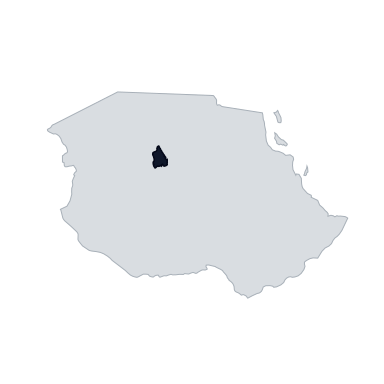 Iramba, Singida, United Republic of Tanzania (highlighted), rotated 333°
{"feature_id": "72390352B66961871173396", "entity_name": "Iramba", "entity_type": "district", "adm_level": 2, "iso_a3": "TZA", "parent_name": "United Republic of Tanzania", "parent_adm1": "Singida", "projection": "mercator", "projection_center": [34.32, -4.386], "detail": "fine", "context": "in_parent", "style": "filled", "palette": "ink", "viewbox_px": 384, "rotation_deg": 333, "n_neighbors": 0, "source": "geoboundaries", "source_scale": "gbopen_adm2", "svg_char_len": 7039}
<svg xmlns="http://www.w3.org/2000/svg" viewBox="0 0 384 384"><g transform="rotate(333 192 192)"><path d="M147.0,261.6L143.3,259.6L139.9,258.4L137.2,257.1L135.9,255.8L133.3,255.3L131.1,255.1L129.0,253.9L124.8,253.4L124.3,252.6L124.2,250.8L123.5,250.4L121.9,249.9L120.3,249.9L119.2,250.2L118.6,250.1L117.2,249.0L116.0,247.7L115.5,245.5L113.5,244.2L111.3,243.1L105.0,243.2L104.0,242.9L102.6,241.8L100.8,240.0L99.4,238.0L98.2,235.2L96.9,231.5L89.8,216.7L89.0,213.9L87.6,210.8L85.3,207.0L82.9,204.2L79.6,201.6L75.9,199.1L73.9,197.4L70.0,190.4L69.3,187.2L68.7,183.8L68.9,182.4L71.3,178.1L71.5,176.9L71.3,175.2L70.1,171.8L68.6,167.6L65.5,159.9L65.1,158.0L65.1,156.6L66.9,148.8L66.9,147.7L74.1,147.9L79.3,144.5L83.9,139.4L84.8,137.3L86.6,134.0L88.4,132.4L89.1,131.3L90.2,128.1L92.6,125.9L94.9,124.2L94.4,123.0L94.8,122.6L96.0,121.7L98.5,120.9L99.0,119.2L99.0,117.3L98.6,116.2L98.7,115.0L98.3,114.3L96.7,114.1L94.3,113.2L92.2,112.8L90.9,112.2L90.4,111.8L90.2,110.6L91.3,107.7L90.2,106.5L92.7,101.5L93.1,100.9L94.0,100.9L95.5,100.4L96.8,100.1L97.9,100.3L98.7,100.1L99.4,99.5L100.0,97.9L100.5,95.1L100.2,92.8L99.2,91.1L98.9,88.4L99.4,84.8L99.0,81.9L97.9,79.5L96.7,78.1L94.9,77.4L92.1,73.8L91.2,72.0L91.4,70.9L92.3,70.5L94.1,70.6L95.8,70.2L97.4,69.2L98.9,68.9L99.7,69.1L171.2,69.1L254.7,115.7L255.0,116.2L255.7,120.3L255.5,121.6L254.2,123.9L253.9,125.1L253.9,126.0L254.2,126.3L255.3,126.4L256.2,127.0L256.5,127.4L257.3,129.2L258.2,130.0L289.9,152.9L290.6,153.3L290.2,155.2L288.4,159.9L288.3,161.8L287.6,164.1L286.9,165.6L285.1,172.2L283.5,174.6L281.4,180.4L281.1,184.8L282.3,187.9L282.7,190.8L285.1,193.6L287.1,194.7L288.4,196.0L290.8,198.9L292.1,201.9L296.3,203.4L298.0,206.7L297.4,209.0L295.4,210.9L293.6,214.0L292.1,218.0L292.1,224.2L293.1,223.3L295.3,224.8L295.6,229.4L293.3,234.7L292.6,237.2L292.5,239.3L294.2,245.7L296.7,249.0L296.5,250.0L295.8,250.8L300.2,256.6L299.8,261.6L301.4,265.5L302.2,268.9L303.2,271.5L303.4,273.3L302.1,275.3L305.2,275.8L307.1,277.4L308.0,279.0L310.3,278.9L311.5,280.0L313.3,280.8L317.2,283.4L318.3,284.8L318.9,286.0L308.1,294.3L304.2,296.4L301.4,297.4L298.4,297.9L295.6,299.2L292.9,301.3L289.5,302.3L285.3,302.3L280.9,303.8L274.0,308.0L270.0,305.7L266.8,304.9L263.2,305.0L261.0,305.3L260.2,305.8L259.5,307.2L258.9,309.6L256.5,311.9L252.3,314.1L248.5,314.9L245.0,314.4L242.6,313.5L241.3,312.2L239.5,311.6L237.1,311.7L234.8,312.6L232.6,314.3L229.0,315.1L224.2,314.9L221.6,314.0L221.2,312.6L219.1,310.9L215.2,309.0L212.3,309.0L210.5,310.8L208.8,312.0L207.3,312.4L205.9,312.5L204.0,312.0L198.6,311.8L193.5,311.9L193.0,309.2L191.9,307.6L191.0,306.6L189.3,306.4L188.8,305.6L188.2,304.0L187.3,302.6L186.2,301.4L185.5,300.3L185.3,299.3L185.4,298.2L186.5,295.5L186.8,293.6L186.7,291.7L186.1,289.8L184.9,287.4L185.1,286.8L184.7,285.2L184.6,284.1L184.9,282.7L184.6,280.8L183.6,277.0L183.6,276.0L182.5,274.1L179.1,269.6L179.0,269.1L173.7,264.6L171.5,263.6L170.8,264.4L170.5,265.2L170.7,266.6L170.6,267.4L170.4,267.7L169.1,267.6L168.3,267.5L166.3,266.3L164.8,266.0L160.9,266.2L159.5,266.5L158.4,266.2L156.4,264.1L154.0,263.7L151.8,263.6L148.3,261.3L147.0,261.6ZM296.9,187.2L298.6,192.1L298.4,193.0L297.2,193.6L296.5,193.6L295.8,192.8L295.2,191.2L294.3,191.6L292.7,189.6L291.1,189.5L289.7,187.2L290.3,185.1L290.0,181.6L291.7,179.8L292.6,176.8L293.7,178.9L294.0,182.1L295.4,185.9L296.9,187.2ZM305.3,158.2L305.4,159.3L305.1,160.4L305.1,163.9L305.0,166.2L303.7,169.3L302.6,170.5L301.7,170.1L300.9,169.6L300.3,168.7L301.5,162.9L300.9,158.6L303.4,159.1L305.3,158.2ZM301.8,228.6L300.5,228.9L300.1,228.6L299.3,227.7L300.6,226.8L301.9,225.2L304.9,222.9L306.2,221.1L306.0,222.9L304.4,226.8L302.9,227.1L301.8,228.6Z" fill="#d9dde1" stroke="#a8b0b8" stroke-width="1"/><path d="M175.6,139.2L175.6,139.3L175.3,139.4L175.0,139.4L174.9,139.5L174.3,140.2L174.0,140.8L174.0,141.0L173.9,141.3L174.0,141.5L173.9,141.7L173.9,142.0L173.9,142.4L173.8,142.8L173.8,143.0L173.7,143.5L173.6,143.9L173.5,144.2L173.5,144.4L173.5,144.6L173.4,144.9L173.4,145.1L173.4,145.3L173.2,145.5L173.1,145.9L173.0,146.0L172.9,146.4L172.8,146.5L172.6,146.8L172.4,146.9L172.2,147.1L172.0,147.3L171.8,147.3L171.7,147.3L171.4,147.5L171.1,147.7L171.1,147.8L170.9,148.0L170.8,148.3L170.7,148.3L170.6,148.6L170.5,148.8L170.4,148.9L170.4,149.0L170.3,149.3L170.3,149.5L170.2,149.6L170.3,149.7L170.2,149.7L170.2,149.8L170.2,150.0L170.1,150.4L170.1,150.5L170.0,150.8L169.9,150.9L169.8,151.0L169.7,151.1L169.7,151.4L169.7,151.6L169.8,152.0L169.8,152.4L169.8,152.7L169.9,152.9L169.9,153.4L169.9,153.7L170.0,153.8L170.4,153.9L170.5,153.9L170.8,153.8L171.3,153.7L171.6,153.5L171.8,153.4L172.1,153.4L172.3,153.3L172.5,153.3L172.8,153.2L173.0,153.2L173.2,153.6L173.3,153.7L173.4,153.8L173.5,153.8L173.9,153.8L174.0,153.8L174.3,153.9L174.3,154.0L174.5,154.2L174.8,154.1L175.0,154.2L175.3,154.2L175.6,154.3L175.7,154.2L175.8,154.2L176.0,154.2L176.0,154.3L176.2,154.5L176.2,154.4L176.2,154.5L176.3,154.5L176.2,154.5L176.3,154.7L176.5,154.6L176.7,154.4L176.7,154.5L176.8,154.4L177.0,154.4L177.1,154.2L177.3,154.2L177.5,154.2L177.6,154.4L177.8,154.4L178.0,154.4L178.2,154.5L178.3,154.5L178.4,154.4L178.4,154.5L178.3,155.1L178.4,155.5L178.5,155.7L178.6,156.0L178.8,156.1L179.0,156.2L179.2,156.3L179.3,156.3L179.5,156.4L179.5,156.5L179.8,156.5L180.0,156.6L180.7,156.7L181.0,156.7L181.4,156.6L181.7,156.6L181.8,156.6L182.2,156.5L182.4,156.3L182.5,156.0L182.6,155.9L182.6,155.7L182.7,155.4L182.8,155.2L183.0,154.8L183.2,154.7L183.3,154.6L183.4,154.4L183.5,154.2L183.6,153.8L183.7,153.7L183.8,153.4L184.1,153.0L184.2,152.8L184.2,152.6L184.5,152.2L184.6,151.9L184.7,151.7L184.2,151.6L184.1,151.4L183.9,151.1L183.8,150.9L183.7,150.8L183.6,150.7L183.4,150.5L183.4,150.4L183.3,150.2L183.5,149.9L183.6,149.6L183.8,149.6L184.0,149.6L184.2,149.4L184.2,149.2L184.3,149.1L184.3,148.9L184.2,148.7L184.1,148.4L184.1,148.2L184.0,147.9L184.0,147.7L183.9,147.7L184.0,147.4L184.0,147.2L183.9,147.2L184.0,147.1L184.0,146.9L184.0,146.6L184.0,146.4L183.9,146.3L183.9,146.2L183.8,145.8L183.8,145.6L183.7,145.3L183.7,145.2L183.7,144.9L183.7,144.7L183.7,144.3L183.7,144.2L183.7,143.9L183.6,143.7L183.5,143.4L183.5,143.2L183.4,143.0L183.4,142.8L183.4,142.6L183.4,142.4L183.5,142.3L183.5,142.2L183.5,141.9L183.4,141.8L183.4,141.7L183.5,141.6L183.5,141.4L183.4,141.3L183.4,141.2L183.2,140.7L183.3,140.5L183.2,140.4L183.3,140.0L183.3,139.8L183.3,139.5L183.4,139.2L183.5,139.0L183.4,138.7L183.2,138.3L183.2,138.2L183.2,137.9L183.2,137.6L183.2,137.4L183.3,137.2L183.2,137.0L183.2,136.9L183.2,136.7L183.3,136.6L183.3,136.4L183.2,136.2L183.3,136.1L183.2,135.9L182.9,135.9L182.7,135.9L182.5,136.0L182.5,135.9L182.4,135.9L182.4,136.0L182.2,136.1L181.9,136.2L181.7,136.2L181.7,136.3L181.4,136.6L181.2,136.7L181.1,136.8L180.9,136.8L180.8,137.0L180.7,137.1L180.6,137.3L180.4,137.4L180.4,137.6L180.5,137.8L180.6,138.2L180.6,138.3L180.0,138.5L179.8,138.6L179.7,138.7L179.5,138.8L179.4,138.9L179.3,139.0L179.2,139.2L178.9,139.3L178.5,139.4L178.2,139.4L177.9,139.4L177.5,139.3L177.2,139.3L176.8,139.2L176.6,139.2L176.3,139.2L176.2,139.2L175.8,139.2L175.6,139.2L175.6,139.2Z" fill="#0f172a" stroke="#020617" stroke-width="1.5"/></g></svg>